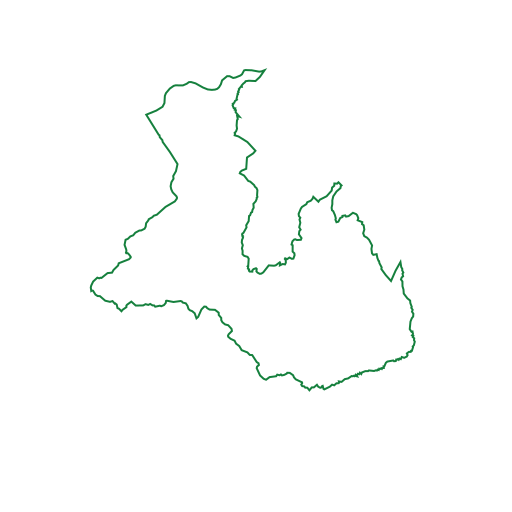 the district of Gualaceo, Azuay, Ecuador, rotated 224°
{"feature_id": "8360857B64865140859495", "entity_name": "Gualaceo", "entity_type": "district", "adm_level": 2, "iso_a3": "ECU", "parent_name": "Ecuador", "parent_adm1": "Azuay", "projection": "albers", "projection_center": [-78.768, -2.918], "detail": "fine", "context": "isolated", "style": "outline", "palette": "green", "viewbox_px": 512, "rotation_deg": 224, "n_neighbors": 0, "source": "geoboundaries", "source_scale": "gbopen_adm2", "svg_char_len": 6112}
<svg xmlns="http://www.w3.org/2000/svg" viewBox="0 0 512 512"><g transform="rotate(224 256 256)"><path d="M378.9,395.6L380.3,392.6L381.8,390.8L388.1,386.6L392.8,382.4L393.5,381.2L392.3,377.0L392.6,375.0L394.7,370.2L396.1,368.2L399.9,367.0L401.7,365.3L402.4,358.8L400.6,355.2L399.8,351.7L400.0,349.3L401.1,347.2L403.2,344.8L406.4,342.3L411.1,340.4L419.4,338.2L423.6,336.0L425.0,334.5L425.5,331.7L427.1,327.9L432.4,322.9L433.4,321.2L434.3,316.6L433.9,310.6L432.8,307.9L428.1,302.4L426.9,298.4L428.7,291.4L433.1,281.4L410.2,275.6L409.3,275.8L407.7,274.6L403.9,274.3L402.3,273.2L390.2,271.0L376.3,267.6L372.5,261.4L371.1,256.0L369.0,254.3L368.1,250.3L365.9,246.9L363.3,245.1L360.1,243.9L354.7,243.7L353.5,243.2L352.8,242.3L352.3,238.9L355.2,228.5L356.0,216.8L357.5,214.0L357.5,211.9L358.7,207.9L358.2,206.9L357.8,203.2L355.7,200.4L355.1,198.2L356.3,194.7L357.6,193.3L359.0,188.9L358.7,185.6L360.0,182.8L360.1,179.3L361.1,177.1L358.3,172.7L354.0,170.6L352.7,169.6L351.8,168.0L351.2,167.9L350.3,168.9L348.3,168.9L345.6,168.4L345.1,167.9L345.1,165.5L349.7,155.4L348.6,153.4L348.8,147.0L348.0,144.0L350.9,140.6L351.9,132.9L352.8,132.3L353.3,131.0L355.1,130.2L355.4,124.5L354.0,120.3L353.0,118.6L350.2,116.4L350.0,117.3L349.1,117.8L344.7,116.7L342.1,117.2L340.4,118.7L333.4,119.1L329.2,121.6L327.9,123.9L324.5,123.6L324.4,124.1L322.5,124.3L319.4,122.3L318.0,122.9L314.4,122.8L314.6,124.6L313.7,129.2L314.8,130.3L314.9,131.4L314.0,136.6L308.1,136.8L302.8,142.1L302.0,144.6L299.5,146.0L298.8,148.0L296.1,148.6L294.9,149.7L293.3,149.5L290.6,153.5L289.3,154.0L288.1,156.7L288.3,159.5L289.5,161.3L289.1,161.9L283.4,165.6L279.0,171.2L277.8,171.8L276.4,171.6L273.6,173.2L270.6,172.6L268.0,171.1L266.0,171.0L263.6,172.0L260.3,172.2L255.5,169.8L255.3,172.0L258.1,179.6L258.1,183.7L256.7,184.8L254.8,184.6L252.2,185.2L248.1,188.8L243.5,189.3L241.8,187.7L238.0,187.3L236.4,185.7L234.1,185.0L230.7,185.3L227.9,186.9L223.0,186.6L221.2,185.3L221.3,180.7L220.8,179.2L219.9,178.6L216.7,178.8L212.6,180.2L209.4,179.1L205.5,179.6L200.9,178.3L195.2,180.7L191.8,180.5L189.9,182.1L181.8,180.2L179.7,180.6L178.2,179.6L178.4,177.2L177.6,175.8L170.1,172.9L165.2,173.0L162.8,174.0L162.1,178.3L158.0,183.5L158.3,185.4L156.2,186.6L155.8,188.1L154.4,188.1L153.1,190.1L152.2,192.8L152.4,193.7L150.5,195.4L146.5,196.0L144.4,195.1L141.7,194.9L135.1,197.1L134.4,196.5L134.1,194.9L132.4,194.5L130.7,195.7L129.1,195.5L127.6,196.9L124.3,196.5L124.6,200.2L123.1,201.7L122.7,205.7L120.5,205.2L118.3,205.8L117.7,206.8L118.1,208.1L117.8,208.9L115.1,207.3L114.2,207.5L112.1,213.3L111.9,216.3L109.9,217.3L109.7,220.3L108.2,221.9L108.3,222.9L109.2,223.4L107.0,224.9L106.6,229.1L104.7,231.9L103.8,236.1L102.8,236.7L102.6,237.6L101.6,238.0L101.8,239.6L100.5,239.2L99.6,239.7L101.1,240.2L100.6,241.2L100.9,242.0L99.7,242.6L100.2,244.2L98.3,244.2L98.9,245.8L97.4,249.1L95.4,251.0L95.3,252.1L91.2,255.3L90.4,257.0L89.4,257.6L89.6,258.7L88.5,259.2L89.1,260.5L88.2,261.0L88.0,262.2L87.0,262.2L87.2,263.2L86.3,264.3L87.6,265.2L87.1,265.9L88.4,269.4L88.2,271.3L84.7,276.2L83.6,276.2L82.5,277.5L83.2,279.0L82.5,279.4L82.3,280.5L81.2,280.5L81.5,281.9L80.2,282.4L81.0,284.6L78.7,285.7L77.7,288.4L78.1,290.0L79.8,290.7L79.4,293.3L78.1,294.5L78.6,295.5L78.0,296.1L79.7,299.5L80.4,299.8L80.4,301.4L82.3,304.7L83.9,305.2L85.0,306.7L86.9,306.6L87.3,307.8L88.6,307.3L88.8,308.9L91.0,310.4L91.5,309.5L94.6,310.2L99.3,316.1L100.7,319.5L100.9,321.6L102.7,323.8L105.1,324.3L105.9,326.1L108.3,326.6L108.6,327.6L112.2,329.3L114.2,331.0L117.7,330.7L123.6,331.6L126.6,334.3L129.6,336.0L133.0,339.4L135.4,339.8L136.3,341.8L136.1,343.6L138.3,345.0L138.5,346.4L141.0,347.3L141.7,348.3L143.8,348.9L147.9,352.0L145.4,342.4L141.5,331.8L149.4,332.4L156.8,333.7L157.7,335.1L162.3,336.6L163.9,337.8L164.5,337.6L167.3,338.9L170.5,341.1L172.4,338.3L174.4,338.5L177.9,341.3L179.8,344.2L185.9,346.2L188.9,346.3L191.9,345.5L194.7,346.8L196.4,350.2L199.9,352.9L201.9,352.6L203.1,354.2L207.7,352.3L208.7,354.3L211.6,355.6L213.0,355.7L216.3,354.4L217.1,349.0L218.6,346.9L220.0,347.2L221.7,344.9L220.9,344.0L221.8,341.9L220.6,337.9L221.6,336.2L224.1,337.3L224.7,338.5L227.7,340.3L231.6,341.9L233.1,341.7L235.1,343.2L237.1,346.3L239.8,349.1L241.9,352.6L242.9,358.4L242.4,363.5L243.6,365.2L243.5,366.2L247.9,366.3L247.9,364.4L250.0,362.6L248.5,360.8L248.8,358.1L247.0,355.6L246.7,348.0L249.2,340.8L248.8,338.4L255.9,338.4L255.1,336.4L255.0,333.8L256.5,330.3L255.8,328.3L257.0,323.3L256.7,321.3L254.6,315.9L252.8,314.5L250.7,314.3L250.1,312.5L247.2,310.7L244.9,306.7L242.2,305.9L242.1,304.0L240.2,301.4L235.7,300.5L235.0,298.8L237.7,295.9L239.4,295.3L240.0,294.3L240.0,291.9L238.4,288.9L237.1,289.2L232.7,284.6L230.3,284.6L228.8,283.4L227.3,280.1L228.2,278.9L230.9,278.1L231.4,275.4L233.4,274.6L233.2,273.9L231.6,273.6L229.9,271.9L229.3,270.1L231.2,268.8L232.3,265.9L233.6,267.7L234.5,268.0L235.3,263.0L236.3,261.5L240.3,258.1L239.4,249.3L239.9,247.1L240.9,245.8L243.4,245.1L245.0,245.2L246.5,247.2L247.5,247.2L248.7,244.8L248.6,243.1L247.8,242.2L249.8,240.4L250.9,240.5L251.7,241.6L253.1,241.3L254.2,242.9L254.9,242.8L255.0,243.8L259.4,249.0L261.5,249.5L264.6,247.9L266.9,247.9L269.2,250.4L271.4,251.7L273.0,254.6L275.6,255.8L277.2,257.8L278.1,260.2L279.2,260.6L279.2,261.3L280.7,261.5L281.4,262.6L281.1,263.9L282.7,270.0L284.4,271.3L285.5,276.0L288.8,280.0L288.5,281.2L289.7,283.7L289.3,284.9L290.5,286.6L291.2,289.1L294.1,291.7L294.2,295.1L295.2,297.7L296.0,298.4L296.0,299.5L297.3,300.3L300.7,304.3L302.7,305.2L305.0,305.1L306.5,305.7L311.8,305.5L313.7,304.6L320.5,305.6L325.1,304.2L325.7,305.6L325.5,307.7L323.6,311.9L330.9,320.6L329.3,327.9L329.5,331.3L341.4,332.0L351.7,329.8L355.2,328.0L356.0,329.4L356.9,329.7L356.9,331.8L358.1,334.4L360.6,336.4L364.0,340.5L364.2,341.8L366.8,343.6L364.7,344.7L370.6,345.3L371.7,346.9L372.9,346.4L373.5,347.8L374.8,346.9L377.6,348.2L377.8,349.3L378.4,349.4L378.1,351.2L378.8,352.9L378.3,355.3L379.2,355.6L381.4,359.2L381.3,359.8L382.1,360.1L382.3,361.8L383.1,361.9L383.7,364.0L384.3,364.2L384.5,367.1L383.7,367.9L384.8,368.6L384.9,371.3L384.6,373.2L384.9,374.5L382.9,377.1L377.9,381.5L377.6,387.5L378.9,395.6Z" fill="none" stroke="#15803d" stroke-width="2"/></g></svg>